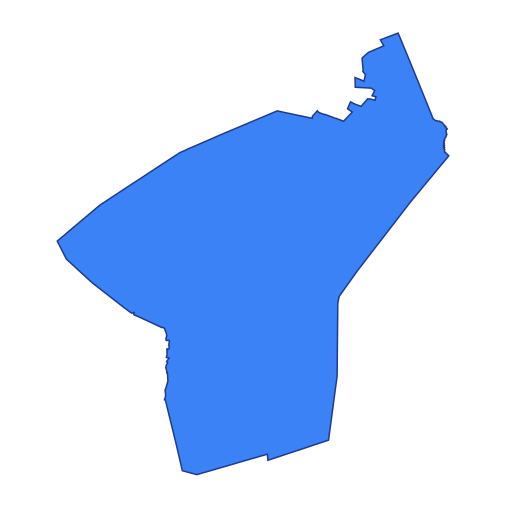 outline of Cranendonck, Noord-Brabant, Netherlands, rotated 357°
{"feature_id": "6326949B25939661204192", "entity_name": "Cranendonck", "entity_type": "district", "adm_level": 2, "iso_a3": "NLD", "parent_name": "Netherlands", "parent_adm1": "Noord-Brabant", "projection": "natural_earth1", "projection_center": [5.605, 51.287], "detail": "fine", "context": "isolated", "style": "filled", "palette": "blue", "viewbox_px": 512, "rotation_deg": 357, "n_neighbors": 0, "source": "geoboundaries", "source_scale": "gbopen_adm2", "svg_char_len": 5129}
<svg xmlns="http://www.w3.org/2000/svg" viewBox="0 0 512 512"><g transform="rotate(357 256 256)"><path d="M409.6,40.8L391.5,46.6L394.6,52.8L379.0,58.5L376.3,60.6L374.8,61.8L372.3,63.9L372.5,71.4L372.7,76.5L372.3,77.3L373.2,78.5L374.8,80.6L374.6,81.2L374.1,82.9L373.4,85.4L373.0,87.1L370.4,85.9L370.5,85.8L364.2,83.0L364.0,92.7L379.8,94.4L383.2,96.9L382.9,97.4L380.3,102.0L384.1,103.3L382.9,106.8L380.8,106.0L380.3,105.8L379.5,105.5L379.0,105.3L378.7,105.2L378.3,105.1L377.7,105.1L376.9,105.2L376.7,105.1L376.4,105.1L376.2,105.0L376.0,104.9L375.8,104.8L368.9,112.0L368.2,111.7L367.7,111.5L364.0,110.1L362.1,109.1L358.5,107.0L357.8,108.2L357.4,109.0L356.9,110.3L356.6,110.8L356.2,111.6L355.6,112.8L355.1,113.8L359.7,117.3L350.5,126.0L343.1,122.7L342.8,122.8L332.4,118.2L332.1,118.5L327.0,116.3L326.3,115.8L325.9,115.6L324.8,114.2L320.6,118.5L320.4,118.7L319.7,119.4L319.6,119.6L319.5,119.9L319.5,120.3L319.4,120.7L319.5,120.9L319.6,121.2L319.7,121.4L319.9,121.6L319.6,121.5L298.9,116.0L296.8,115.4L295.4,115.1L284.8,112.2L225.6,133.6L219.8,135.8L212.1,138.7L193.2,145.7L190.4,146.9L185.6,148.7L184.9,149.0L184.0,149.6L179.8,152.0L167.4,159.2L142.3,173.9L136.7,177.1L117.9,188.1L102.6,197.1L82.9,212.0L76.0,217.2L69.2,222.4L63.5,226.8L58.3,230.7L58.5,231.2L66.5,249.2L91.0,274.2L122.3,301.3L124.1,302.7L125.0,303.5L126.0,304.4L127.3,305.4L127.4,305.6L128.0,305.9L128.9,306.6L129.2,306.6L129.8,306.5L130.2,306.3L130.7,306.1L131.0,305.9L131.3,305.9L131.4,306.2L130.9,308.1L131.2,308.4L133.2,309.5L133.3,309.4L138.2,311.9L142.1,314.0L143.4,314.6L144.7,315.4L145.1,315.6L145.5,315.8L149.6,317.9L150.8,318.6L151.2,318.8L151.4,318.8L151.5,318.9L151.8,319.1L152.0,319.2L152.1,319.3L152.8,319.6L153.0,319.8L154.1,320.4L154.7,320.6L154.8,320.8L155.0,320.9L155.4,321.0L155.6,321.1L156.2,321.5L156.7,321.7L156.9,321.9L157.2,322.0L157.7,322.2L158.1,322.5L158.4,322.4L158.7,322.3L159.2,322.6L159.4,322.6L159.8,322.7L160.0,323.0L160.4,323.0L160.5,323.1L160.7,323.3L160.8,323.6L160.9,323.8L161.1,323.9L161.1,324.0L161.2,324.7L161.2,325.0L161.3,325.4L161.4,325.5L161.5,325.7L161.6,325.9L162.1,327.6L162.2,328.0L162.4,328.5L162.5,329.1L162.6,329.3L162.5,329.8L162.5,330.0L162.6,330.4L162.7,330.8L162.7,331.0L162.5,331.6L162.5,331.8L162.1,332.7L161.9,333.0L161.9,333.5L161.6,334.1L161.8,334.5L161.9,334.8L161.9,335.1L162.0,335.7L163.8,335.6L164.4,335.6L164.8,335.6L164.9,336.1L164.9,336.7L164.9,336.9L164.9,337.2L164.7,338.0L164.5,338.9L164.4,339.7L164.3,340.6L164.3,341.3L164.4,341.8L164.4,342.3L164.5,343.2L164.4,343.6L163.9,344.5L163.7,344.6L162.8,344.2L162.5,344.1L162.2,344.1L162.0,344.5L162.1,345.1L162.2,345.7L162.2,346.1L162.1,346.4L162.1,347.2L162.0,347.4L162.0,347.5L162.1,348.7L162.1,349.0L162.0,349.5L161.9,350.2L161.6,351.2L161.2,352.7L163.8,353.3L163.3,354.1L162.6,354.9L162.3,355.4L161.8,355.8L161.7,356.0L161.2,356.6L161.2,356.9L161.5,357.3L162.3,358.2L161.3,359.3L160.9,359.9L160.2,362.0L160.0,362.8L160.6,364.6L160.9,368.2L161.4,368.1L161.5,374.3L161.5,376.2L159.1,383.2L158.1,385.3L158.4,388.0L158.4,391.1L157.1,394.8L158.0,395.2L161.1,411.8L164.0,426.7L166.8,441.7L170.9,464.9L171.3,466.6L185.4,471.2L199.8,467.9L228.6,461.1L257.0,454.5L257.2,460.6L318.8,443.7L330.7,380.2L334.5,319.2L335.2,307.5L337.0,300.6L356.5,276.1L370.8,259.4L413.2,210.0L449.0,171.2L451.6,168.5L453.5,166.3L453.6,166.2L453.7,165.9L453.6,165.6L453.4,165.5L453.2,165.5L452.8,165.1L452.1,164.1L451.5,163.6L450.8,162.9L450.8,162.6L450.4,162.6L450.2,162.6L449.8,161.7L449.8,161.4L449.8,161.2L449.7,161.0L449.6,160.7L449.7,160.4L450.1,159.4L449.9,159.1L449.6,158.6L449.4,158.4L449.0,158.2L448.9,158.0L449.9,157.4L449.6,157.0L449.4,156.8L449.9,156.0L450.0,155.9L449.9,155.8L449.9,155.7L449.6,155.6L449.1,155.7L449.0,155.3L449.0,155.0L449.1,154.9L449.4,154.7L449.7,154.4L449.9,154.2L450.0,154.1L449.8,153.7L449.9,153.3L449.9,153.0L449.8,152.9L449.7,152.7L449.2,152.7L449.3,152.1L449.4,151.9L449.8,151.8L449.9,151.7L449.7,151.4L449.6,151.2L449.6,150.9L450.0,150.7L450.3,150.6L450.2,150.3L450.1,150.0L450.1,149.9L450.2,149.5L450.3,149.4L450.6,149.2L450.5,148.9L450.6,148.6L450.7,148.4L450.8,148.3L450.8,148.2L451.5,147.8L451.6,147.7L451.5,147.3L451.5,147.2L451.8,146.7L452.2,146.4L452.3,146.2L452.3,145.9L452.2,145.5L452.2,145.4L452.3,145.3L453.0,144.8L452.9,144.2L452.4,143.1L452.6,142.6L452.3,141.8L452.3,141.7L452.5,141.1L452.5,140.9L452.4,140.7L452.3,140.4L452.3,140.2L452.7,140.1L452.8,140.0L453.0,139.8L453.2,139.6L453.3,139.4L453.4,139.2L453.6,138.9L453.5,138.7L452.6,137.9L452.3,137.6L452.3,137.4L452.4,137.0L452.3,136.9L452.3,136.7L452.2,136.7L451.5,136.5L451.4,136.5L451.3,135.4L451.2,135.2L450.5,134.9L450.4,134.8L450.3,134.7L450.2,134.4L450.1,134.2L449.8,134.0L449.6,133.7L449.4,133.2L449.1,132.8L448.7,132.5L448.6,132.4L448.6,132.2L448.4,132.0L448.0,132.0L447.4,132.0L447.2,131.9L447.0,131.6L446.9,131.4L446.8,131.2L446.6,131.0L446.5,130.9L446.4,130.9L446.2,131.1L445.8,131.2L445.6,131.2L445.0,131.0L444.8,130.9L444.5,130.7L444.3,130.6L443.9,130.4L442.4,130.1L441.9,129.9L441.7,129.7L441.4,129.4L440.9,128.8L440.4,128.6L440.2,128.6L438.9,124.8L434.3,111.4L427.1,90.6L417.3,62.5L409.6,40.8Z" fill="#3b82f6" stroke="#1e3a8a" stroke-width="1.5"/></g></svg>